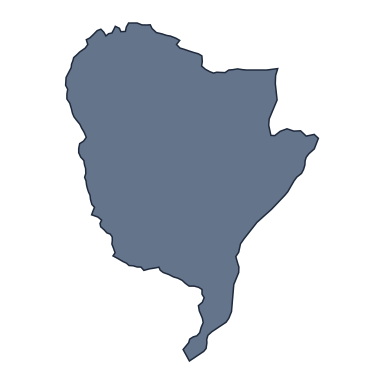 Potiretama, Ceará, Brazil (orthographic projection)
{"feature_id": "56859067B9808487421198", "entity_name": "Potiretama", "entity_type": "district", "adm_level": 2, "iso_a3": "BRA", "parent_name": "Brazil", "parent_adm1": "Ceará", "projection": "orthographic", "projection_center": [-38.179, -5.778], "detail": "fine", "context": "isolated", "style": "filled", "palette": "slate", "viewbox_px": 384, "rotation_deg": 0, "n_neighbors": 0, "source": "geoboundaries", "source_scale": "gbopen_adm2", "svg_char_len": 2306}
<svg xmlns="http://www.w3.org/2000/svg" viewBox="0 0 384 384"><path d="M86.3,39.7L87.8,44.5L85.2,48.1L79.8,51.9L76.3,55.3L73.7,57.6L72.8,61.0L71.5,64.3L71.2,67.6L69.0,71.8L66.1,77.4L65.8,82.0L65.6,85.3L67.7,89.2L66.9,94.1L66.9,98.9L69.8,103.3L71.4,108.7L72.4,113.0L73.9,116.7L76.2,119.8L79.9,124.3L81.6,128.0L84.0,132.0L86.3,137.3L83.6,141.1L79.7,143.6L78.7,148.5L78.7,152.7L80.7,157.1L83.9,160.6L84.4,164.4L85.6,168.5L85.8,173.5L84.6,177.3L86.1,181.1L86.5,184.8L87.4,188.6L88.6,192.2L90.0,195.2L90.5,199.5L91.9,204.5L94.5,207.3L93.0,211.0L91.6,214.8L97.8,217.0L101.6,220.1L100.0,223.5L100.7,226.8L104.1,229.8L106.9,232.9L110.2,234.1L112.2,236.9L112.3,240.5L111.9,244.1L113.5,248.2L115.1,252.8L113.0,255.9L117.6,258.4L122.9,261.5L126.5,263.2L129.0,265.5L133.1,265.8L137.1,267.0L141.0,267.1L143.9,270.4L149.3,268.9L154.9,268.0L158.9,267.2L160.3,270.3L163.2,272.5L168.8,274.5L173.4,276.9L177.9,278.2L182.1,280.3L185.2,283.2L189.1,286.1L194.1,286.1L198.6,287.3L202.0,289.5L202.0,294.2L204.2,297.7L202.3,302.3L198.4,305.6L199.3,310.9L201.1,315.2L202.4,318.3L203.2,322.6L201.1,327.6L199.7,332.7L196.9,335.8L193.2,336.9L189.7,339.1L188.7,342.7L186.0,346.0L183.1,349.5L189.4,361.0L203.7,351.4L206.1,348.5L206.9,342.9L206.7,339.5L207.9,335.3L211.9,331.7L226.2,322.1L228.8,318.3L231.5,311.6L233.8,284.5L238.7,272.5L238.9,267.0L237.8,263.7L235.8,256.6L238.7,252.2L240.5,243.8L244.1,238.7L256.9,222.4L271.6,209.2L284.8,195.3L287.8,191.7L294.0,180.9L296.8,177.1L301.5,173.4L303.5,169.6L304.9,165.0L305.1,160.8L306.2,157.3L308.8,153.8L314.3,148.9L318.4,138.3L314.2,134.4L306.2,136.1L300.6,130.8L293.8,131.1L287.0,128.8L280.2,131.3L274.8,135.6L270.9,135.4L268.7,125.2L269.2,118.9L277.1,100.0L275.3,83.6L275.6,75.6L277.7,68.6L266.8,70.0L246.3,70.0L242.9,69.7L237.5,68.9L232.6,69.7L228.8,70.0L225.1,72.6L220.2,72.4L216.7,72.2L213.5,73.1L209.9,71.7L205.4,69.3L201.6,66.0L202.3,61.7L201.9,55.9L198.4,53.8L194.1,52.6L188.5,50.8L184.8,49.5L179.9,48.0L176.5,44.5L179.7,40.4L175.9,38.2L170.5,36.1L166.6,35.4L161.7,33.8L156.4,32.6L152.0,28.5L150.3,24.8L146.6,25.0L142.0,24.9L137.1,23.0L132.7,23.0L128.6,23.0L126.3,27.1L125.4,31.4L120.9,31.7L119.4,28.3L115.3,26.3L113.7,29.7L111.9,33.0L108.6,33.7L105.9,35.9L103.8,32.2L100.9,29.2L97.2,30.6L93.2,34.7L89.7,38.0L86.3,39.7Z" fill="#64748b" stroke="#1e293b" stroke-width="1.5"/></svg>